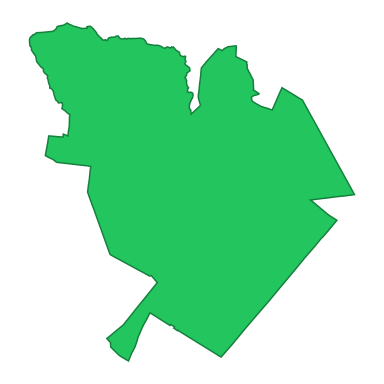 Zapotlán de Juárez, Hidalgo, Mexico
{"feature_id": "50627088B44175413136073", "entity_name": "Zapotlán de Juárez", "entity_type": "district", "adm_level": 2, "iso_a3": "MEX", "parent_name": "Mexico", "parent_adm1": "Hidalgo", "projection": "orthographic", "projection_center": [-98.863, 19.987], "detail": "fine", "context": "isolated", "style": "filled", "palette": "green", "viewbox_px": 384, "rotation_deg": 0, "n_neighbors": 0, "source": "geoboundaries", "source_scale": "gbopen_adm2", "svg_char_len": 5546}
<svg xmlns="http://www.w3.org/2000/svg" viewBox="0 0 384 384"><path d="M253.1,79.8L252.2,78.1L251.4,76.7L251.0,75.8L250.7,74.9L250.4,74.6L250.0,73.9L249.9,73.6L249.8,73.2L249.3,72.4L249.0,72.0L248.7,71.6L248.6,71.4L248.5,70.9L248.4,70.5L248.1,70.1L248.0,69.9L247.5,68.9L247.3,68.4L247.3,68.2L246.9,68.0L246.8,67.9L247.2,66.5L247.2,66.2L247.3,65.6L247.3,65.2L247.0,64.6L246.8,64.1L246.7,63.6L246.7,63.2L246.8,61.9L241.2,59.2L240.8,59.0L236.2,56.8L235.8,56.6L236.3,47.4L236.4,46.9L236.1,45.8L234.8,45.9L233.6,46.1L229.0,46.6L227.9,46.7L227.0,47.3L226.2,47.8L225.6,48.0L225.2,48.1L224.2,48.6L223.7,49.2L222.8,50.0L222.1,50.7L221.9,50.5L220.3,49.7L219.0,49.0L218.1,48.6L214.3,53.0L213.2,54.3L212.5,55.0L212.0,55.5L210.3,57.4L208.9,59.0L206.3,61.8L204.5,64.2L203.2,65.6L202.3,66.8L201.4,67.9L200.9,72.1L200.8,74.5L200.3,78.6L200.3,78.9L200.3,79.0L200.1,80.4L199.6,84.0L199.5,84.6L199.5,85.0L199.3,87.6L199.2,88.7L198.9,91.4L198.6,93.3L198.3,94.7L198.3,95.4L198.3,96.7L198.3,97.5L198.7,99.1L200.5,105.4L198.1,107.6L197.5,108.2L191.3,114.0L190.8,111.9L190.8,110.0L189.7,108.9L189.4,108.1L189.5,107.3L189.3,106.8L189.1,106.2L189.3,105.5L189.6,105.0L189.7,104.5L189.5,104.0L190.5,101.7L190.6,101.1L191.1,100.7L191.3,99.9L191.5,99.1L192.0,98.8L192.4,98.2L192.7,96.8L193.0,95.8L193.0,94.6L193.0,94.0L192.6,93.2L191.8,92.6L191.0,92.2L189.9,92.3L189.0,92.5L188.0,92.0L187.6,92.0L187.7,91.8L187.7,91.0L187.6,90.2L187.6,89.7L187.7,88.9L188.3,88.4L188.6,87.8L188.1,87.3L187.5,86.5L187.5,86.0L187.0,85.5L186.6,84.8L186.7,84.2L186.8,83.8L186.6,82.8L186.4,82.3L186.6,81.5L186.6,80.5L186.3,79.7L185.8,78.6L185.0,78.0L185.0,77.5L185.4,76.9L186.0,76.4L186.0,75.7L186.5,75.3L187.0,73.0L190.0,70.8L189.8,69.4L189.7,68.2L189.3,67.6L187.3,66.0L186.4,65.3L185.7,65.1L185.1,64.4L184.8,63.5L185.0,63.0L185.5,62.5L185.8,62.0L185.9,61.4L185.5,60.4L185.0,58.9L185.2,58.2L185.5,57.4L185.6,56.7L185.3,56.2L184.7,56.2L183.2,56.6L182.4,56.4L181.8,56.2L181.2,55.9L180.7,55.7L179.9,54.7L179.6,53.4L179.7,53.0L179.1,52.0L177.5,51.1L176.7,50.7L175.3,49.4L174.7,48.5L173.2,46.9L172.3,47.6L171.6,47.0L170.5,47.9L169.2,47.6L168.4,47.2L167.7,46.9L166.9,47.0L166.3,47.3L165.6,47.9L164.5,48.2L163.1,47.7L161.2,46.4L158.2,45.3L155.4,45.3L152.7,45.1L151.1,44.8L148.0,44.2L146.9,43.7L146.1,42.2L145.4,40.9L143.9,39.2L142.6,38.6L140.1,38.1L135.6,38.5L132.9,38.4L132.2,38.6L129.4,38.5L128.4,38.4L127.7,38.4L127.1,38.9L126.5,39.3L126.0,38.8L125.1,38.2L123.9,38.7L123.1,39.0L121.6,38.8L120.1,38.5L119.6,38.0L119.0,37.3L118.6,36.5L118.1,35.9L117.1,36.0L115.6,36.4L114.6,37.1L114.0,37.2L111.5,37.1L110.3,37.6L109.2,37.7L108.2,38.5L107.9,39.7L106.4,40.6L106.1,40.1L105.5,39.7L104.6,40.1L103.8,40.1L103.0,40.0L102.2,39.6L101.5,38.3L100.3,37.6L98.7,35.9L97.8,34.9L97.1,34.4L97.0,34.2L96.5,32.7L92.8,28.3L90.2,26.2L87.0,26.6L87.2,28.2L82.0,28.5L81.5,28.3L80.9,28.2L77.1,27.1L76.1,26.7L75.2,26.5L74.3,26.4L73.1,26.0L71.4,25.1L69.6,24.5L68.2,23.6L67.1,23.0L66.2,23.6L65.3,24.2L63.5,25.2L61.0,25.6L58.4,26.2L57.6,26.4L57.1,26.8L56.8,27.4L56.2,28.7L55.7,29.2L55.2,29.7L53.0,31.3L43.4,32.3L39.3,32.6L37.1,32.6L36.3,32.9L35.1,33.7L35.0,34.4L33.1,34.7L32.4,35.6L31.4,36.3L30.1,37.7L29.5,39.4L29.6,42.8L29.9,45.7L30.6,46.7L31.4,47.4L31.4,48.5L31.5,50.1L33.5,53.2L34.6,54.7L35.6,56.0L36.2,58.7L36.4,60.5L37.1,62.4L38.1,63.3L39.3,65.0L40.6,66.5L41.7,67.7L42.7,68.2L43.6,69.4L43.3,70.5L43.6,71.6L44.4,72.8L45.6,73.9L46.5,74.7L47.5,75.3L47.6,76.0L47.3,78.0L48.0,79.4L48.5,82.3L48.9,83.7L49.6,85.5L49.9,86.7L49.7,87.7L49.9,88.3L51.2,88.5L52.2,89.6L53.1,90.9L54.5,96.2L54.9,97.4L55.4,98.7L55.5,99.4L56.0,100.2L57.3,101.1L57.7,101.8L58.4,102.9L62.1,102.7L62.6,105.4L61.9,108.6L65.2,110.9L68.4,113.9L69.4,114.4L69.9,114.7L70.0,114.9L69.8,115.5L69.5,116.2L69.5,116.8L69.3,126.2L69.0,128.0L68.8,128.9L68.6,130.3L68.3,131.9L68.0,135.9L63.3,134.1L63.0,137.1L48.8,135.9L48.7,136.1L47.8,142.1L45.3,155.6L48.8,157.5L51.7,158.9L52.8,159.3L56.3,162.1L57.7,162.5L59.3,162.6L69.4,163.8L73.0,164.2L80.6,165.1L87.3,165.8L87.8,165.9L90.8,166.4L90.2,170.3L89.8,174.4L89.2,180.3L88.4,185.3L88.1,187.9L87.6,192.1L91.7,203.7L92.3,205.3L92.8,206.6L94.3,210.5L94.9,212.4L95.2,213.1L108.3,249.6L110.1,254.5L113.2,256.3L149.7,276.1L151.0,275.5L151.5,275.9L154.1,278.8L156.1,281.3L157.3,282.6L153.0,287.9L143.5,299.7L138.1,306.3L123.3,324.9L108.7,337.0L106.8,338.5L110.5,342.6L110.7,347.0L113.5,349.8L118.6,354.8L120.8,356.5L128.5,361.0L131.8,352.8L132.8,351.2L135.0,346.9L136.8,341.8L137.6,338.7L138.4,336.5L142.6,326.8L143.8,324.4L146.2,320.2L149.0,314.8L150.0,312.8L170.0,325.5L170.7,324.5L174.4,326.8L174.5,326.9L173.7,328.1L177.4,330.6L177.6,330.2L221.1,357.1L232.8,343.7L243.9,330.2L256.5,315.4L268.5,301.6L277.0,291.3L295.0,269.8L304.5,258.2L314.4,246.8L321.2,238.5L322.2,237.5L322.5,237.4L323.4,236.3L327.0,232.2L327.7,231.4L329.9,228.7L336.9,220.3L329.2,215.4L325.9,212.8L319.6,207.5L312.8,201.8L310.4,200.0L337.7,196.6L344.2,196.0L354.5,194.6L302.4,100.0L301.0,99.2L300.5,98.9L299.7,98.6L299.4,98.3L294.4,95.2L289.8,92.4L288.9,91.9L287.3,90.9L282.0,87.7L278.3,95.9L278.1,96.4L276.3,100.7L275.2,103.1L273.2,107.7L272.2,110.0L269.5,109.1L267.7,108.4L263.8,107.3L262.8,106.9L261.0,106.4L258.8,105.1L256.3,103.8L254.1,102.4L252.0,100.9L251.9,100.0L251.3,97.4L252.1,96.7L253.2,95.9L253.8,95.6L258.7,94.3L258.9,94.1L259.0,93.6L258.9,93.4L258.5,93.3L258.4,93.4L258.3,93.6L258.1,93.6L257.7,92.7L256.8,92.3L256.6,92.1L256.5,91.9L256.0,91.5L255.8,91.5L255.5,91.2L255.2,91.1L254.8,90.9L254.6,90.7L254.2,90.5L253.7,90.3L253.4,90.1L253.4,89.5L253.6,89.4L253.6,89.2L253.3,82.3L253.1,79.8Z" fill="#22c55e" stroke="#15803d" stroke-width="1.5"/></svg>